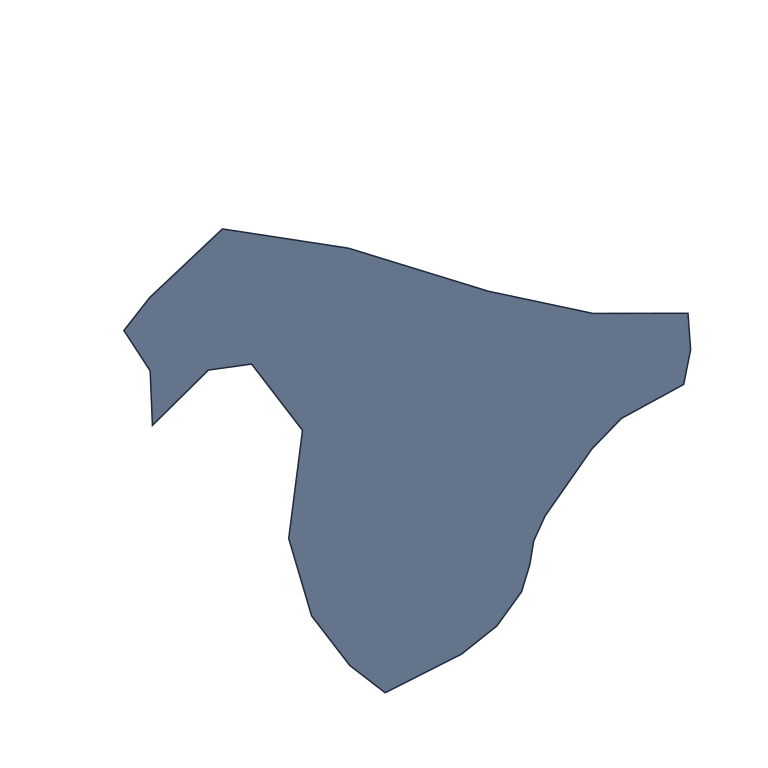 map outline of Soufrière (Albers equal-area conic projection), rotated 218°
{"feature_id": "LCA-5085", "entity_name": "Soufrière", "entity_type": "Quarter", "adm_level": 1, "iso_a3": "LCA", "parent_name": "Saint Lucia", "parent_adm1": "", "projection": "albers", "projection_center": [-61.032, 13.851], "detail": "fine", "context": "isolated", "style": "filled", "palette": "slate", "viewbox_px": 768, "rotation_deg": 218, "n_neighbors": 0, "source": "natural_earth", "source_scale": "10m", "svg_char_len": 519}
<svg xmlns="http://www.w3.org/2000/svg" viewBox="0 0 768 768"><g transform="rotate(218 384 384)"><path d="M188.0,626.9L163.4,599.7L147.6,568.2L175.7,503.1L180.2,461.0L175.8,379.2L169.4,352.5L157.9,331.5L147.7,305.1L146.1,262.8L156.6,218.9L193.0,141.4L237.6,141.1L298.3,156.7L364.0,203.6L419.7,297.3L500.6,318.2L530.9,286.9L541.0,208.8L576.4,250.4L621.9,266.0L621.9,307.7L606.8,406.7L562.9,431.4L537.2,445.8L495.5,469.2L359.0,521.3L262.9,568.2L188.0,626.9Z" fill="#64748b" stroke="#1e293b" stroke-width="1.5"/></g></svg>